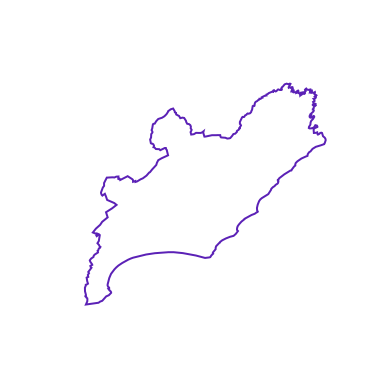 Moñitos, Córdoba, Colombia, rotated 217°
{"feature_id": "7082276B84273930819596", "entity_name": "Moñitos", "entity_type": "district", "adm_level": 2, "iso_a3": "COL", "parent_name": "Colombia", "parent_adm1": "Córdoba", "projection": "equal_earth", "projection_center": [-76.121, 9.199], "detail": "fine", "context": "isolated", "style": "outline", "palette": "violet", "viewbox_px": 384, "rotation_deg": 217, "n_neighbors": 0, "source": "geoboundaries", "source_scale": "gbopen_adm2", "svg_char_len": 6066}
<svg xmlns="http://www.w3.org/2000/svg" viewBox="0 0 384 384"><g transform="rotate(217 192 192)"><path d="M236.8,192.1L237.4,186.0L237.5,182.5L237.9,181.8L238.2,177.7L239.5,173.3L240.7,171.2L242.2,167.4L243.2,166.0L243.9,166.7L245.2,164.7L246.3,166.0L247.2,166.3L252.9,165.9L256.5,158.5L256.9,158.9L257.7,159.0L257.7,158.4L258.8,158.1L260.1,160.1L261.7,158.7L262.7,156.9L264.2,156.0L268.7,152.2L267.6,146.2L265.9,144.0L265.9,141.9L264.4,136.9L264.0,136.4L262.5,135.4L261.4,135.2L260.5,138.1L258.1,136.7L255.0,134.6L247.5,136.4L244.5,136.3L246.0,130.8L248.5,124.1L244.1,121.0L245.8,114.1L245.6,110.5L246.7,104.9L246.8,100.0L243.7,100.8L243.6,101.3L242.9,101.7L241.7,102.0L242.2,99.7L241.5,99.4L240.8,102.1L239.7,102.1L236.9,96.7L236.7,94.2L234.3,93.7L232.6,92.8L232.1,93.0L232.0,92.8L231.9,92.1L232.4,90.8L231.8,89.0L232.0,88.2L230.8,87.4L230.7,87.1L232.1,83.3L232.1,81.9L231.6,80.8L232.5,78.1L232.5,75.9L231.3,75.1L228.2,74.1L227.8,73.8L228.7,71.8L227.8,71.1L226.7,71.0L226.7,65.7L225.4,65.2L225.3,63.1L224.0,62.0L224.3,61.1L224.1,61.1L224.6,60.2L221.9,57.6L219.9,56.2L220.4,54.8L221.0,54.0L220.5,53.3L219.9,51.1L217.7,48.3L214.9,46.1L214.5,45.6L214.6,44.9L214.4,44.5L214.0,44.4L213.5,44.7L212.7,44.1L211.7,44.1L211.0,43.4L209.8,41.6L209.0,38.3L200.0,47.3L199.4,49.2L198.2,51.1L197.7,57.0L196.3,59.5L196.0,61.9L195.9,62.8L196.3,63.3L197.2,63.7L198.8,63.8L199.1,64.1L200.0,64.1L200.3,64.7L200.6,64.7L200.3,65.4L200.7,65.8L201.9,65.8L203.1,66.5L203.8,67.5L206.3,73.5L207.4,77.9L207.4,83.5L207.1,86.1L206.5,89.0L205.0,93.3L202.2,99.6L200.8,102.1L199.5,104.1L191.0,114.5L184.8,120.8L174.3,130.0L170.4,132.9L162.5,137.7L150.7,143.6L141.9,147.2L138.8,150.2L138.2,151.0L138.4,153.0L138.0,155.5L138.7,155.8L138.9,156.5L138.7,160.5L139.6,161.8L140.1,163.2L139.6,167.6L139.3,168.4L139.5,168.6L139.5,169.0L138.8,171.6L137.0,175.3L134.6,179.2L132.4,182.0L131.8,184.9L131.8,188.5L133.2,188.8L133.7,189.4L134.3,190.4L134.9,192.0L135.0,194.2L134.7,198.1L133.7,202.0L133.9,202.2L130.6,209.5L128.8,212.4L128.2,214.4L127.6,215.5L127.7,216.0L128.8,216.4L130.5,218.3L131.9,221.4L132.9,225.0L133.0,227.0L132.6,229.0L129.8,236.2L130.2,241.3L130.6,242.3L130.3,244.5L129.6,246.4L129.5,248.1L128.8,249.9L128.7,250.7L129.2,252.2L129.8,252.4L130.1,253.3L130.7,253.2L130.8,253.4L130.5,253.9L130.6,255.5L128.9,261.7L126.3,268.4L125.6,269.0L125.8,270.5L125.8,273.9L125.4,275.3L126.1,276.1L126.6,277.6L126.3,279.9L124.8,284.5L122.5,288.8L121.5,290.3L122.3,291.8L122.4,293.3L122.4,294.3L121.8,295.7L121.7,299.0L120.3,302.6L117.3,306.7L115.3,309.7L115.5,309.9L115.4,310.9L116.4,313.8L117.3,314.7L118.7,315.3L120.9,315.4L123.7,317.4L124.4,317.2L125.1,316.4L125.4,314.8L126.0,313.6L126.3,313.6L127.9,315.0L128.9,313.6L130.2,312.5L132.6,315.2L132.4,316.9L131.0,319.3L131.3,319.8L132.2,320.2L133.7,319.6L133.5,317.2L133.9,316.2L135.2,314.4L136.4,313.5L137.2,313.4L137.8,314.5L137.9,316.5L138.2,317.5L138.9,318.4L139.5,320.0L139.6,320.9L139.3,323.2L139.6,325.6L140.1,326.0L140.7,325.8L141.2,323.5L142.2,322.6L143.1,322.7L143.8,323.4L143.8,323.8L142.9,323.6L142.8,323.8L143.2,325.5L144.2,325.5L143.5,329.3L143.7,330.3L144.8,330.9L145.2,330.6L145.4,330.9L145.1,331.9L145.6,332.5L145.8,333.4L145.3,335.7L145.9,336.0L146.2,336.7L146.8,336.6L147.3,334.5L147.6,334.1L148.0,334.2L148.1,336.0L149.5,336.8L149.0,337.8L148.9,338.5L149.5,338.7L149.8,339.3L151.0,339.6L149.9,341.1L150.0,342.0L150.2,342.6L150.5,342.8L150.9,342.3L151.3,342.2L150.9,344.1L151.4,344.1L151.8,343.7L153.1,343.8L153.4,344.2L153.5,345.2L154.0,345.7L154.6,344.3L155.1,344.2L156.6,342.8L157.1,342.7L157.2,343.0L156.7,344.4L157.4,345.3L157.8,345.1L158.2,344.3L158.3,343.3L159.3,345.0L160.7,343.4L162.0,343.1L163.0,343.4L163.2,342.9L163.3,341.6L162.9,341.3L162.1,341.3L161.9,340.9L162.2,340.4L161.8,339.7L162.0,339.1L161.2,338.7L161.3,338.0L161.9,337.6L162.8,338.0L162.9,336.2L163.2,335.3L163.4,336.1L163.9,336.1L163.6,336.8L164.1,336.8L164.1,337.6L165.0,336.6L164.7,335.2L165.2,335.7L166.3,335.1L167.0,335.7L168.0,334.3L168.1,334.8L167.8,336.7L168.2,336.9L168.6,336.4L169.3,333.8L170.4,333.3L171.0,332.6L171.4,332.6L171.6,332.9L171.7,334.1L172.1,334.4L172.4,334.1L172.7,332.4L173.1,332.1L173.8,334.0L173.8,335.4L174.9,336.2L175.3,336.0L175.8,334.6L177.1,334.4L177.5,333.5L177.9,333.8L177.9,335.6L178.6,335.9L178.3,336.9L178.4,337.6L179.0,337.5L179.9,336.1L181.6,335.5L182.8,333.7L182.9,330.9L183.2,329.9L182.9,329.1L183.1,328.5L182.0,328.0L181.9,327.4L183.1,326.4L184.9,325.8L185.1,325.4L185.3,323.3L185.8,322.6L186.5,322.6L187.1,322.1L187.8,322.6L188.1,322.2L188.1,321.3L187.6,320.7L188.4,320.3L190.3,317.0L190.4,316.0L191.2,314.6L190.6,313.9L191.1,313.5L191.4,312.9L191.8,312.7L192.9,310.5L192.5,309.8L193.3,309.4L193.0,308.7L193.3,307.6L194.3,307.0L194.0,306.1L194.4,305.5L194.7,303.8L195.4,302.3L195.4,301.4L195.1,300.4L194.0,298.5L194.1,298.1L195.0,297.7L195.2,297.1L193.5,293.8L193.4,292.7L192.9,291.5L193.0,289.9L193.9,288.6L194.8,288.2L195.1,287.3L195.0,286.5L195.7,285.1L195.5,283.5L195.8,283.0L196.8,282.4L196.9,281.6L195.9,276.7L194.7,275.2L194.0,275.2L192.9,274.6L192.8,272.9L192.1,271.8L192.7,271.2L192.2,270.6L192.2,269.6L192.8,268.2L192.8,267.6L192.3,267.0L192.6,264.6L193.8,263.2L193.7,261.0L193.9,258.1L194.6,257.2L196.0,255.9L198.0,255.4L201.6,253.1L202.5,253.3L203.7,254.4L210.3,249.3L214.4,244.6L215.4,243.7L218.7,246.1L219.3,247.5L219.7,245.9L220.5,244.5L224.4,241.6L225.3,239.3L227.2,237.4L229.2,239.0L229.5,240.9L229.8,241.5L231.3,242.0L232.4,243.7L233.7,244.4L235.3,244.4L236.9,243.6L238.7,244.4L239.6,245.2L242.8,246.4L244.3,245.7L245.8,243.9L248.0,244.9L251.3,244.4L252.4,245.6L253.6,245.3L254.2,246.0L257.3,247.3L258.8,245.2L259.7,242.1L259.4,241.5L259.2,238.8L259.6,235.9L260.6,233.3L262.9,230.0L263.2,227.0L262.9,224.2L263.9,223.1L263.8,222.2L262.0,218.8L261.5,217.1L260.0,216.4L259.4,215.7L259.4,213.7L257.5,210.9L257.0,208.7L254.2,206.2L253.6,206.2L252.6,206.8L251.5,206.8L250.2,206.1L249.7,204.6L248.9,205.0L246.7,204.6L243.9,206.5L242.5,206.3L240.2,210.8L239.4,211.4L238.4,210.6L237.5,210.4L233.2,206.9L236.6,200.6L238.1,197.1L237.6,194.2L236.8,192.1Z" fill="none" stroke="#5b21b6" stroke-width="2"/></g></svg>